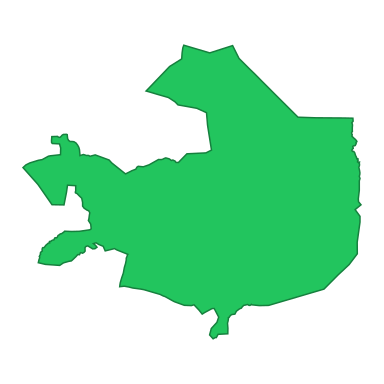 the district of Zurmi, Zamfara, Nigeria
{"feature_id": "59680162B55239717258244", "entity_name": "Zurmi", "entity_type": "district", "adm_level": 2, "iso_a3": "NGA", "parent_name": "Nigeria", "parent_adm1": "Zamfara", "projection": "robinson", "projection_center": [6.653, 12.856], "detail": "fine", "context": "isolated", "style": "filled", "palette": "green", "viewbox_px": 384, "rotation_deg": 0, "n_neighbors": 0, "source": "geoboundaries", "source_scale": "gbopen_adm2", "svg_char_len": 4074}
<svg xmlns="http://www.w3.org/2000/svg" viewBox="0 0 384 384"><path d="M119.7,286.7L124.3,286.2L128.8,287.0L132.7,288.0L140.8,289.1L144.0,289.7L152.5,292.2L160.1,294.4L163.3,296.0L164.6,296.4L165.3,296.7L172.5,300.7L174.4,301.7L184.3,305.3L191.4,305.6L194.0,304.8L199.0,310.1L202.2,314.1L204.9,312.4L212.0,308.6L214.2,308.5L218.7,317.1L216.9,322.4L211.3,328.5L209.6,334.9L213.1,338.8L215.1,337.6L216.3,337.6L218.1,334.3L227.8,333.8L227.9,328.2L227.5,323.1L228.1,320.9L228.4,318.8L228.4,317.6L229.1,317.4L230.0,316.0L231.5,314.6L234.9,314.1L236.4,311.2L239.6,308.8L241.4,308.1L242.2,306.9L243.8,305.3L244.8,305.2L247.5,304.5L249.1,305.4L250.0,305.4L251.4,304.4L251.7,304.8L259.3,305.6L268.6,305.4L324.0,289.1L338.2,274.8L349.1,264.6L357.3,253.8L357.2,242.2L360.0,222.1L360.0,216.3L355.1,209.6L361.0,204.8L358.5,201.7L358.3,198.8L359.3,190.3L359.3,180.9L360.0,178.5L359.3,176.4L359.8,174.4L359.9,172.8L359.5,170.2L358.8,167.2L359.4,165.8L359.5,164.8L359.5,163.9L359.0,163.4L359.5,162.1L357.6,162.0L357.6,161.1L358.1,160.3L357.9,158.7L357.5,158.6L357.1,159.1L356.8,158.7L356.3,156.9L355.6,155.6L355.1,154.0L354.7,152.7L353.7,151.4L352.8,151.5L352.3,151.2L351.9,150.4L352.4,149.0L353.2,148.5L353.2,147.9L352.7,146.7L353.3,145.9L354.4,145.8L355.2,145.5L355.9,144.2L356.2,143.3L356.0,142.4L356.4,142.0L356.9,141.7L356.8,141.2L356.5,140.8L355.4,139.4L354.4,138.6L352.0,136.3L352.2,134.5L351.7,133.9L351.7,132.3L352.4,131.5L352.3,129.9L352.3,127.5L352.5,125.6L352.4,124.2L351.8,122.8L353.1,121.2L352.9,118.2L348.4,118.1L344.1,118.0L315.9,117.8L298.0,117.2L274.3,93.6L261.6,80.9L255.4,74.6L249.1,68.5L239.0,58.4L232.6,45.6L209.7,52.9L183.8,45.2L182.8,48.0L182.1,53.0L181.7,58.9L169.6,66.5L146.1,91.0L150.6,92.3L157.6,94.4L168.4,97.5L175.0,101.8L178.0,104.9L187.6,106.6L196.9,108.3L206.5,112.7L207.2,120.8L207.5,124.7L207.9,127.4L211.5,150.1L205.9,152.9L186.9,153.8L178.4,162.5L175.9,162.4L175.4,161.6L175.0,161.0L174.0,160.6L173.1,160.1L172.3,160.1L171.7,160.5L171.1,160.3L170.5,159.8L169.9,159.3L169.1,158.8L165.8,157.9L164.3,158.4L162.6,159.3L161.2,159.6L158.5,159.5L149.1,164.8L143.3,166.8L138.2,166.3L136.9,167.2L135.8,169.2L131.9,170.7L129.4,172.0L125.5,173.9L111.7,162.9L109.1,160.0L95.2,154.9L89.9,156.3L88.8,155.5L87.6,155.4L86.4,155.5L85.0,155.0L83.4,154.5L80.0,155.6L79.9,154.3L79.7,152.2L79.5,149.8L78.8,147.3L77.6,145.1L76.0,143.0L73.9,141.7L72.2,141.5L70.1,141.5L68.6,140.4L67.7,138.8L67.5,137.4L67.2,134.6L66.3,134.3L64.5,134.4L63.5,134.4L62.4,135.0L62.0,135.3L60.9,136.6L60.0,137.3L59.2,137.4L58.0,136.9L57.6,136.4L51.8,136.6L51.5,140.7L51.6,142.6L52.3,143.5L59.5,143.9L60.7,148.0L60.5,154.7L58.6,154.9L50.3,155.8L48.4,156.2L42.2,159.6L38.3,160.3L29.9,162.9L25.9,164.9L23.0,167.6L37.9,184.4L39.3,186.4L52.0,204.7L64.0,204.9L66.5,192.2L67.5,185.2L75.7,185.7L75.7,191.0L75.3,192.1L75.5,192.9L77.1,193.6L79.2,195.8L81.7,198.2L82.6,202.5L82.6,206.1L84.1,208.2L85.8,209.3L86.9,210.1L88.7,210.8L89.8,212.8L89.4,214.9L88.9,218.7L88.4,220.5L90.7,224.1L91.2,228.8L89.8,229.8L79.4,231.3L71.5,231.5L64.6,231.2L64.0,231.9L63.2,232.5L61.7,233.6L60.4,233.9L59.6,234.4L59.1,234.9L58.3,235.3L57.8,235.9L57.4,237.0L56.7,237.8L55.7,237.7L54.7,238.0L54.3,238.9L53.9,239.9L52.4,240.2L51.4,240.8L51.0,241.3L50.2,241.3L49.5,241.5L49.3,242.0L49.7,242.8L49.4,242.9L48.2,243.2L47.2,244.1L45.7,245.4L44.9,246.6L44.1,247.6L42.9,247.6L42.4,248.1L42.1,249.4L42.2,250.5L42.3,251.0L41.3,251.7L40.6,252.4L40.3,253.2L40.6,254.2L40.1,254.8L39.5,256.1L39.3,256.6L39.7,257.0L39.6,258.1L39.0,259.6L38.3,262.7L45.4,264.4L59.7,265.4L63.4,262.9L68.6,261.4L71.4,260.9L73.5,259.0L74.5,258.0L75.7,256.9L76.7,255.8L77.7,254.6L79.5,254.7L80.3,252.9L80.9,252.6L81.7,252.9L82.5,253.2L83.3,252.8L84.1,252.3L85.1,251.1L85.0,247.6L86.0,246.4L87.8,245.9L92.7,248.9L95.0,248.7L97.0,247.2L95.5,245.3L93.4,243.6L96.1,242.8L98.6,244.4L103.2,246.3L105.2,250.9L114.5,248.6L116.8,249.9L127.8,254.3L127.3,254.9L127.3,255.5L127.0,256.5L126.3,258.0L126.2,259.1L126.3,259.7L125.7,262.7L125.5,263.7L124.4,267.3L123.3,273.2L121.7,277.8L120.3,282.6L120.0,284.3L119.7,286.7Z" fill="#22c55e" stroke="#15803d" stroke-width="1.5"/></svg>